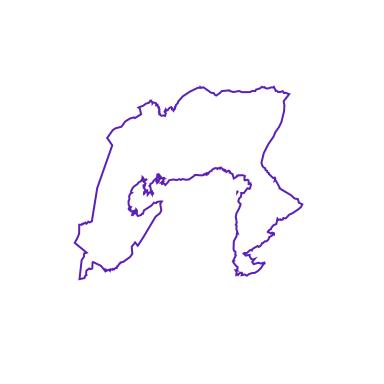 outline of Laguna, Laguna, Philippines, rotated 215°
{"feature_id": "2640588B29584406601254", "entity_name": "Laguna", "entity_type": "district", "adm_level": 2, "iso_a3": "PHL", "parent_name": "Philippines", "parent_adm1": "Laguna", "projection": "equal_earth", "projection_center": [121.262, 14.28], "detail": "fine", "context": "isolated", "style": "outline", "palette": "violet", "viewbox_px": 384, "rotation_deg": 215, "n_neighbors": 0, "source": "geoboundaries", "source_scale": "gbopen_adm2", "svg_char_len": 6100}
<svg xmlns="http://www.w3.org/2000/svg" viewBox="0 0 384 384"><g transform="rotate(215 192 192)"><path d="M168.5,327.9L172.2,327.0L173.4,325.8L175.6,326.6L176.6,325.0L178.7,323.3L180.7,323.5L181.3,322.9L185.3,325.1L185.6,324.1L187.3,322.9L189.4,320.1L191.4,319.2L192.8,319.5L193.8,318.4L195.0,318.3L195.8,315.8L198.3,312.5L198.1,310.9L200.4,309.6L201.9,307.0L208.4,302.4L211.3,301.8L215.3,297.7L219.1,296.4L219.7,296.7L225.5,291.7L226.0,288.8L227.5,284.9L228.8,284.7L231.0,285.5L233.1,284.3L242.7,284.3L244.2,282.6L245.5,282.7L245.2,281.9L247.0,280.7L251.2,273.2L254.4,265.1L255.2,258.1L254.6,257.0L255.1,254.0L254.5,252.9L254.8,252.1L253.8,250.8L253.8,248.0L255.3,248.9L255.9,248.3L256.5,249.4L257.8,249.6L258.7,247.8L258.8,245.5L259.6,243.8L260.9,244.6L260.5,242.0L258.6,241.5L257.7,238.9L259.3,238.4L260.7,236.9L263.5,237.0L263.4,237.9L265.0,238.5L264.9,239.4L265.9,240.1L266.0,241.1L267.1,241.4L267.6,242.4L268.2,242.0L269.2,242.9L270.0,242.8L270.3,243.5L271.2,242.5L272.2,244.1L273.8,243.7L275.2,243.0L275.2,242.0L275.9,242.9L277.5,242.5L277.9,243.4L278.5,243.0L278.5,240.3L280.4,238.0L281.4,234.8L284.3,230.5L282.5,230.3L278.3,226.5L281.2,219.8L282.5,219.7L285.1,216.4L287.2,211.2L287.2,205.1L291.4,200.0L292.4,197.1L292.5,187.6L284.1,184.5L271.9,140.9L257.2,110.5L258.4,108.3L259.9,108.2L260.2,105.6L261.8,105.7L261.8,104.8L263.0,104.0L263.0,103.0L263.8,102.5L263.7,101.8L265.6,100.5L260.6,93.2L259.6,89.3L258.9,83.1L243.5,81.9L245.1,79.7L243.4,77.0L243.3,72.9L234.2,56.1L230.7,59.8L231.4,61.7L230.8,63.5L231.8,64.1L233.4,67.1L232.3,70.4L231.1,70.4L230.0,71.7L230.1,72.7L232.8,76.8L232.9,77.9L224.1,79.3L218.9,77.8L218.9,78.4L218.3,78.0L218.6,78.9L217.6,79.1L217.7,79.7L216.8,78.5L215.3,80.8L214.0,80.4L214.3,82.1L212.8,82.5L212.7,83.6L211.5,83.7L211.1,85.8L210.0,86.7L210.7,88.4L210.2,89.0L210.4,91.0L209.8,92.7L210.2,93.2L208.2,95.4L205.5,103.1L205.4,107.1L210.0,112.6L209.7,118.1L205.6,116.9L205.9,126.7L207.7,150.9L206.1,156.0L206.5,159.2L211.2,164.1L211.3,166.9L212.5,166.2L214.9,163.8L214.9,162.5L217.0,161.5L217.5,157.4L220.8,149.4L219.7,146.1L220.5,145.5L220.5,143.9L222.6,141.3L224.4,142.0L226.4,145.2L227.8,145.7L226.4,142.4L226.5,141.6L227.3,141.5L228.1,137.7L227.7,140.5L228.0,141.4L228.6,141.1L228.6,143.5L230.1,141.6L231.2,141.2L232.1,142.2L233.0,141.4L234.0,141.6L234.4,142.4L233.3,142.9L233.3,144.7L235.1,144.4L236.5,145.2L238.7,148.0L239.2,150.4L241.0,152.3L241.6,155.3L240.8,156.9L241.6,156.8L242.4,157.8L242.9,161.3L242.6,163.7L241.3,166.9L241.2,169.2L240.0,171.7L240.4,174.8L241.1,175.8L240.3,175.7L239.3,174.2L238.3,174.9L237.7,174.4L236.2,176.9L237.0,174.3L238.4,173.6L238.1,172.8L234.9,172.3L234.4,170.4L234.8,170.8L235.6,169.6L234.1,167.9L233.5,168.3L232.8,167.3L231.4,167.0L230.9,165.9L231.2,164.4L230.8,163.8L230.8,164.6L230.5,163.4L230.2,163.3L230.1,167.2L229.6,167.7L226.8,164.3L226.6,167.2L226.0,168.2L223.6,167.2L224.6,168.7L223.4,168.3L223.3,168.8L225.1,169.0L225.3,169.8L226.5,169.7L228.9,172.2L230.3,172.5L230.0,173.5L230.7,174.5L229.6,177.2L229.9,178.9L229.1,182.9L227.7,182.2L227.3,180.2L226.8,180.4L225.7,179.4L225.2,181.3L226.2,183.6L225.7,184.4L228.9,184.8L228.6,185.4L227.3,185.5L227.8,185.8L229.7,185.3L230.4,186.3L229.7,186.8L230.2,187.3L229.0,186.4L230.4,187.7L224.9,186.1L223.2,187.0L223.0,188.3L222.7,186.8L222.3,186.9L222.9,186.0L222.1,184.7L222.5,182.5L221.7,183.3L222.1,180.8L221.5,181.8L221.0,181.6L220.4,183.0L217.9,182.4L217.3,185.9L217.5,188.2L216.7,189.4L214.1,191.8L211.6,192.8L209.7,195.3L208.2,195.4L207.1,197.2L203.9,198.6L201.7,200.5L199.4,206.6L199.5,207.6L193.4,211.3L192.3,212.5L192.5,213.1L190.7,214.2L190.8,214.7L192.0,213.8L190.6,216.2L189.4,216.9L189.1,219.0L188.1,220.7L188.2,222.0L186.9,224.7L184.7,226.0L184.3,225.6L183.6,227.3L182.4,227.2L182.3,228.6L178.9,228.1L178.8,228.7L177.1,229.0L176.6,228.5L177.2,228.0L175.9,228.1L176.2,228.5L175.3,228.5L174.3,230.5L173.5,230.7L172.4,229.6L172.1,230.1L170.6,229.6L169.2,230.0L165.5,227.0L164.0,230.5L164.1,231.1L164.6,230.1L164.3,231.4L160.4,234.7L157.9,235.4L156.4,232.4L155.6,231.8L153.3,234.0L151.9,233.5L150.2,231.1L149.3,232.3L149.1,231.8L148.0,232.0L146.6,228.5L146.7,227.5L148.5,227.0L148.7,227.6L148.9,221.0L151.1,219.3L150.2,218.4L149.2,215.9L149.7,213.6L148.6,210.7L145.1,209.9L144.0,205.8L143.3,199.9L141.8,196.7L137.7,192.5L137.4,190.3L136.1,190.1L134.5,187.2L131.1,184.6L131.7,184.6L131.6,184.0L130.1,181.2L129.5,175.7L125.2,169.0L123.8,168.0L122.2,168.0L120.4,165.3L119.7,165.2L118.8,159.0L118.3,159.2L118.5,158.7L117.4,157.9L113.1,156.6L111.8,156.8L110.6,155.3L111.0,153.4L110.4,153.4L111.4,152.8L109.7,152.1L108.1,149.4L107.0,151.4L106.6,151.0L106.5,152.7L105.3,154.3L104.3,154.3L103.6,152.3L101.4,154.7L99.1,154.9L98.1,157.7L96.0,160.4L94.3,161.5L92.7,165.1L91.9,169.0L92.1,174.2L91.5,175.1L92.3,175.7L94.6,172.8L96.8,172.3L100.1,168.3L102.6,169.2L102.3,173.1L103.1,171.9L104.9,171.1L107.8,172.3L108.8,173.6L111.5,170.7L114.5,171.2L113.9,172.4L112.2,173.1L111.1,177.6L109.6,178.4L110.0,178.9L109.5,179.4L109.7,180.3L107.3,185.4L106.0,185.2L105.3,186.2L104.9,188.4L105.3,190.2L104.5,191.0L104.1,193.3L102.8,194.2L102.3,195.6L102.3,198.1L102.9,199.4L101.8,201.3L101.3,202.7L101.6,203.4L100.4,204.1L101.1,205.2L103.1,204.7L103.8,203.2L106.6,203.0L107.1,201.9L107.0,205.0L106.0,207.0L106.4,207.6L106.3,211.2L104.6,214.2L106.7,219.2L105.0,218.8L104.0,220.2L103.3,220.0L101.8,221.6L102.2,222.2L102.1,223.2L100.5,223.8L99.9,224.9L99.4,229.0L97.5,232.4L95.0,238.7L94.1,242.1L94.6,245.2L98.2,244.5L101.2,246.9L104.3,245.5L108.9,246.2L122.4,245.2L122.5,245.8L130.5,249.7L130.8,248.8L131.5,250.8L132.4,251.3L133.5,250.0L139.2,250.8L139.9,251.6L141.6,251.4L142.6,252.4L144.5,252.2L145.5,253.4L147.5,253.2L149.4,253.8L151.9,255.8L155.5,265.0L156.9,274.8L157.0,284.5L158.0,288.5L158.0,295.1L158.9,300.7L162.9,310.9L165.9,315.9L169.0,318.9L168.5,327.9ZM155.8,218.9L155.2,218.4L154.7,217.6L154.7,218.3L155.8,218.9ZM189.2,216.4L189.7,215.5L189.5,215.2L189.2,215.8L189.2,216.4ZM227.8,141.8L227.7,141.2L227.4,140.9L227.5,141.8L227.8,141.8ZM223.7,168.2L223.1,167.7L223.0,167.9L223.7,168.2ZM221.4,181.0L221.7,180.7L221.4,181.0Z" fill="none" stroke="#5b21b6" stroke-width="2"/></g></svg>